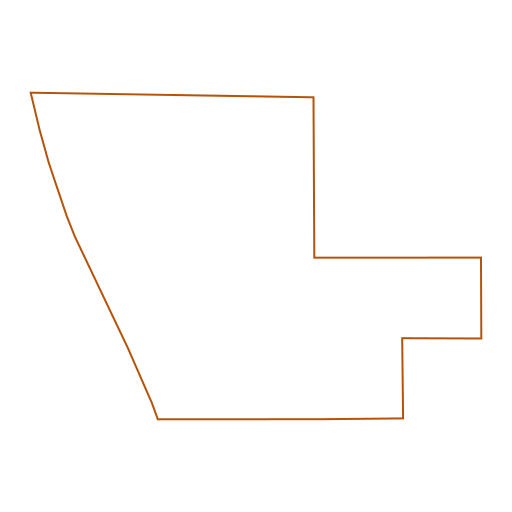 the district of Muskegon, Michigan, United States of America
{"feature_id": "52423323B98514650988046", "entity_name": "Muskegon", "entity_type": "district", "adm_level": 2, "iso_a3": "USA", "parent_name": "United States of America", "parent_adm1": "Michigan", "projection": "albers", "projection_center": [-86.217, 43.295], "detail": "fine", "context": "isolated", "style": "outline", "palette": "amber", "viewbox_px": 512, "rotation_deg": 0, "n_neighbors": 0, "source": "geoboundaries", "source_scale": "gbopen_adm2", "svg_char_len": 357}
<svg xmlns="http://www.w3.org/2000/svg" viewBox="0 0 512 512"><path d="M30.7,92.7L39.6,129.9L48.7,162.5L55.2,182.0L66.8,216.3L74.9,236.7L119.0,329.4L128.1,348.5L131.4,356.1L147.5,393.0L151.9,403.0L157.8,419.3L322.6,419.2L403.1,418.4L402.2,338.2L481.3,338.5L481.0,257.6L314.3,257.7L313.5,97.3L30.7,92.7Z" fill="none" stroke="#b45309" stroke-width="2"/></svg>